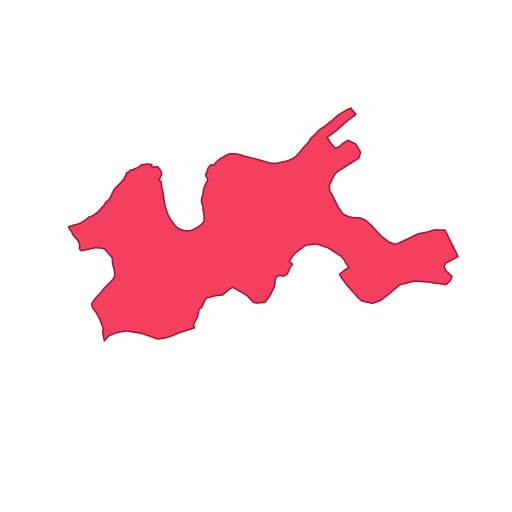 outline of Kafr Shukr, Al Qalyubiyah, Egypt, rotated 48°
{"feature_id": "37247803B61393331220836", "entity_name": "Kafr Shukr", "entity_type": "district", "adm_level": 2, "iso_a3": "EGY", "parent_name": "Egypt", "parent_adm1": "Al Qalyubiyah", "projection": "mercator", "projection_center": [31.254, 30.554], "detail": "fine", "context": "isolated", "style": "filled", "palette": "rose", "viewbox_px": 512, "rotation_deg": 48, "n_neighbors": 0, "source": "geoboundaries", "source_scale": "gbopen_adm2", "svg_char_len": 6136}
<svg xmlns="http://www.w3.org/2000/svg" viewBox="0 0 512 512"><g transform="rotate(48 256 256)"><path d="M217.5,425.4L217.3,422.7L216.8,418.5L219.5,411.5L220.0,410.1L225.0,402.6L225.7,401.6L229.6,398.8L232.2,396.5L237.4,392.6L244.4,388.6L250.7,385.4L251.8,384.8L255.4,379.6L257.1,376.6L259.3,371.2L261.8,364.1L264.0,359.1L264.6,357.7L268.2,349.9L264.9,348.0L262.3,340.5L257.1,333.4L257.9,331.1L255.3,324.9L254.0,321.0L258.7,312.2L262.7,306.7L262.6,299.3L263.7,294.2L271.1,291.6L279.4,289.2L288.7,289.0L291.6,286.8L296.4,280.3L295.3,273.9L291.4,263.4L290.7,262.2L287.7,259.0L286.9,258.2L285.0,254.2L286.6,251.2L289.3,249.2L290.0,246.8L290.2,244.8L289.0,241.4L287.4,239.0L286.6,234.3L282.3,234.9L280.5,228.2L280.1,225.1L280.3,222.0L280.5,220.0L281.2,211.7L287.6,202.9L298.4,196.9L312.8,193.0L316.9,193.0L326.5,194.7L326.4,196.8L325.8,198.7L325.5,206.2L329.1,207.0L338.1,207.9L346.3,208.0L354.8,208.0L360.4,207.4L369.1,201.2L372.4,193.2L373.0,185.4L373.3,180.0L373.6,168.2L381.0,154.6L387.2,148.7L389.4,146.6L392.6,143.7L394.2,142.6L402.6,135.3L404.3,134.1L404.5,128.4L402.2,123.9L394.0,124.7L389.7,123.2L388.2,120.0L391.6,106.2L363.2,98.2L355.9,106.0L352.7,113.0L348.0,120.5L344.8,131.9L340.8,144.5L334.3,147.9L324.3,149.7L311.1,149.8L304.2,150.4L301.7,151.0L297.3,153.2L296.0,154.5L293.1,157.6L291.5,158.9L288.7,160.9L283.2,163.2L276.2,162.4L271.9,161.4L263.1,158.9L257.1,157.8L252.5,154.1L250.1,148.4L247.9,142.3L247.8,138.7L252.1,114.2L248.9,108.9L245.9,108.2L239.2,107.0L231.6,110.1L230.5,116.3L230.4,121.6L228.8,125.1L220.9,124.7L218.5,124.2L215.4,123.8L216.0,118.7L216.6,112.4L216.7,97.6L217.6,87.0L209.5,86.6L208.8,88.9L208.5,89.9L207.9,92.1L206.9,96.7L206.6,98.6L206.5,99.5L206.3,101.4L206.2,103.2L206.1,105.1L206.2,107.5L206.0,111.7L205.7,116.3L205.4,119.9L205.1,121.1L204.9,122.4L204.7,123.7L204.7,125.0L204.6,125.7L204.7,127.0L204.8,128.3L205.0,129.7L205.3,131.0L205.1,132.5L205.1,133.7L205.1,134.9L205.3,136.2L205.5,137.4L205.7,138.6L206.1,139.7L206.7,141.3L206.8,143.8L206.9,145.7L207.0,146.7L207.2,148.2L207.4,149.6L208.1,153.4L208.3,155.1L208.5,156.9L208.5,157.7L208.6,159.4L208.5,161.9L208.3,162.8L207.9,164.3L207.7,165.1L207.2,166.6L206.6,168.1L206.0,169.5L205.6,170.2L204.5,172.3L203.2,174.2L202.5,175.8L201.6,177.5L200.9,178.6L199.9,179.8L198.9,181.0L197.9,181.9L197.0,182.8L195.6,183.8L188.9,187.9L184.3,190.9L179.8,193.9L173.4,198.4L172.0,199.0L170.9,199.6L169.8,200.2L168.7,201.0L167.7,201.7L166.7,202.6L165.8,203.5L165.0,204.4L164.0,205.3L163.4,206.0L162.8,206.8L162.3,207.6L162.1,208.1L161.7,209.0L161.4,209.9L161.1,210.8L161.0,211.3L160.9,212.3L160.9,212.8L160.6,213.7L160.3,214.8L160.0,216.5L159.9,217.2L159.7,218.7L159.7,219.4L159.6,220.8L159.7,222.3L159.7,223.0L159.9,224.4L160.1,225.8L160.1,226.2L160.0,226.4L160.0,226.7L159.8,227.0L159.4,227.5L158.8,227.9L158.3,228.1L158.2,228.6L158.1,229.5L158.1,230.3L158.2,231.1L158.3,231.5L158.5,232.3L158.7,233.1L159.1,233.8L159.7,234.9L160.2,235.5L161.0,236.3L161.0,237.0L161.1,237.5L161.3,238.0L161.5,238.4L161.8,238.9L162.2,239.2L162.8,239.6L163.3,239.8L163.8,239.9L164.3,240.0L165.0,239.9L165.7,240.1L166.2,240.3L166.6,240.6L167.2,241.2L167.5,241.6L167.8,242.1L167.9,242.6L168.0,243.0L168.3,244.0L168.8,245.3L169.1,246.0L169.7,247.3L170.4,248.6L171.2,249.8L172.5,251.6L173.9,253.3L175.1,254.5L175.6,255.6L176.0,256.5L176.8,257.7L177.4,258.5L178.4,259.5L179.2,260.1L180.0,260.7L181.0,261.3L181.5,261.4L182.2,261.6L182.9,261.9L183.6,262.2L184.2,262.6L184.8,263.1L185.3,263.7L185.9,264.5L186.8,264.8L187.9,265.4L189.0,266.1L190.1,266.8L191.6,268.0L192.5,268.8L193.2,269.5L193.9,269.8L194.5,270.2L194.9,270.6L195.2,271.0L195.3,271.2L195.5,271.7L195.6,272.0L195.7,272.5L195.7,273.2L195.8,274.2L195.9,275.7L195.9,276.4L195.8,277.8L195.7,279.3L195.6,280.0L195.3,281.5L195.1,282.2L194.8,283.6L194.3,285.0L193.7,286.6L193.4,287.3L192.9,288.1L192.0,289.5L191.4,290.1L190.9,290.7L189.7,291.8L188.4,292.8L187.5,293.4L185.6,294.4L184.1,295.0L182.5,295.4L181.4,295.6L179.8,295.8L178.2,295.7L177.1,295.6L175.8,295.3L173.6,295.2L172.0,295.0L170.4,294.7L168.8,294.4L167.2,294.0L165.7,293.5L164.2,292.9L162.9,292.4L160.7,291.4L158.6,290.3L155.4,288.5L153.4,287.2L150.3,285.2L148.4,283.7L146.1,282.3L143.6,280.9L141.0,279.6L140.5,279.1L139.5,278.3L138.5,277.6L137.5,276.9L136.7,276.9L135.9,277.0L135.2,277.1L134.7,277.3L134.6,276.8L134.4,276.4L134.2,276.1L133.8,275.0L133.4,274.0L133.2,273.5L132.7,272.6L132.1,271.6L131.4,270.8L131.0,270.3L130.1,270.0L128.7,269.7L126.8,269.4L125.1,269.4L123.7,269.3L123.3,270.1L122.8,270.8L122.3,271.4L121.7,272.0L121.5,272.4L121.2,272.8L120.6,273.3L120.2,273.5L119.3,273.6L118.8,273.4L118.8,273.2L118.8,272.9L118.7,272.5L118.5,272.3L117.7,272.8L116.8,273.4L116.0,274.2L115.2,275.0L114.3,276.0L113.1,278.0L112.2,279.4L111.3,280.6L111.5,281.6L111.6,282.4L111.5,283.2L111.4,284.0L111.4,284.3L111.3,284.7L111.0,285.4L110.5,286.3L110.4,286.6L110.0,288.0L109.7,289.5L108.1,291.8L108.3,295.1L108.1,295.4L107.9,295.7L107.6,296.0L109.0,299.4L110.5,302.5L110.7,304.4L111.0,308.0L111.2,311.6L111.3,314.1L111.4,315.0L111.7,316.3L112.0,317.7L112.2,318.3L112.6,319.6L112.9,320.3L113.4,321.5L114.1,322.8L114.6,323.8L115.0,324.8L115.1,325.3L115.4,326.3L115.5,326.8L115.6,327.8L115.7,328.9L115.6,329.9L115.6,330.5L115.4,331.7L115.9,332.8L116.2,333.8L116.5,334.9L116.8,336.0L116.8,336.6L116.9,337.7L116.9,338.9L117.3,340.7L117.4,342.0L117.5,343.0L117.5,344.0L117.4,345.3L117.3,346.6L117.1,347.7L117.0,348.7L117.0,349.2L116.8,350.3L116.7,350.8L116.3,351.8L116.0,352.7L115.5,353.7L115.1,354.4L115.2,355.3L115.2,356.5L115.2,357.7L115.1,358.9L115.0,359.5L114.8,360.6L114.4,362.3L114.2,363.5L113.9,364.7L113.6,365.8L113.1,366.9L112.9,367.4L112.7,367.9L112.1,369.0L111.5,369.9L111.1,370.5L110.6,371.8L109.9,373.4L108.9,375.6L110.7,376.5L114.6,376.8L118.3,377.9L124.4,378.0L126.6,378.2L129.0,379.1L132.7,382.5L135.3,382.3L137.0,379.3L139.6,374.6L142.5,369.7L146.1,366.2L149.4,363.8L153.9,363.8L161.3,364.1L166.2,368.1L170.8,370.2L174.8,372.9L177.2,375.9L177.9,380.5L178.1,384.4L178.3,389.9L179.2,394.8L180.0,403.7L181.5,410.1L185.0,412.1L190.7,412.6L196.8,413.9L201.5,415.6L207.0,417.7L211.0,421.6L217.5,425.4Z" fill="#f43f5e" stroke="#9f1239" stroke-width="1.5"/></g></svg>